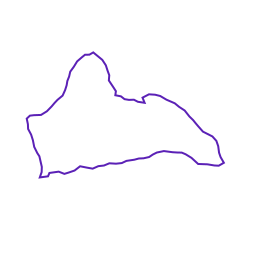 the district of Dolcinópolis, São Paulo, Brazil, rotated 102°
{"feature_id": "56859067B60729882728562", "entity_name": "Dolcinópolis", "entity_type": "district", "adm_level": 2, "iso_a3": "BRA", "parent_name": "Brazil", "parent_adm1": "São Paulo", "projection": "robinson", "projection_center": [-50.529, -20.106], "detail": "fine", "context": "isolated", "style": "outline", "palette": "violet", "viewbox_px": 256, "rotation_deg": 102, "n_neighbors": 0, "source": "geoboundaries", "source_scale": "gbopen_adm2", "svg_char_len": 1250}
<svg xmlns="http://www.w3.org/2000/svg" viewBox="0 0 256 256"><g transform="rotate(102 128 128)"><path d="M191.9,196.2L188.3,195.5L185.1,186.7L186.1,180.7L184.1,177.1L180.7,171.4L175.4,166.9L175.3,160.0L175.1,154.1L171.5,149.1L169.7,143.7L166.4,138.9L165.4,132.3L163.6,126.8L160.5,122.7L157.7,115.2L155.6,111.1L154.4,106.5L152.0,101.3L148.8,98.2L146.0,94.7L143.1,88.1L142.4,79.2L141.7,74.6L140.9,70.3L141.7,66.2L144.0,59.7L148.6,51.9L147.0,42.7L146.7,35.7L146.0,31.4L142.1,27.0L137.2,31.4L133.2,33.8L127.0,36.0L122.2,38.9L118.7,43.7L116.0,53.9L111.7,59.7L109.3,62.8L106.7,66.0L104.0,70.3L99.1,76.2L96.7,82.4L94.1,87.4L92.3,96.3L90.0,103.1L89.8,108.4L90.7,114.5L95.3,120.1L99.9,117.0L100.3,123.8L99.1,128.1L100.3,132.9L100.5,137.4L98.5,141.5L98.6,147.2L94.5,147.5L90.4,151.6L85.5,156.6L80.3,157.3L76.0,160.0L71.3,162.7L66.7,167.3L61.3,177.7L64.3,181.0L65.3,185.3L68.4,187.8L73.4,191.6L79.3,193.7L84.9,196.2L90.0,196.3L94.6,197.1L98.9,196.9L104.0,197.4L109.9,198.7L115.1,202.8L118.7,205.0L122.8,207.2L128.5,210.8L133.3,215.8L135.0,222.6L136.3,226.5L139.9,229.0L145.1,226.7L149.7,225.5L154.6,221.4L159.7,218.5L166.0,215.8L171.4,211.5L174.1,208.8L184.0,204.2L189.1,203.3L194.7,204.0L191.9,196.2Z" fill="none" stroke="#5b21b6" stroke-width="2"/></g></svg>